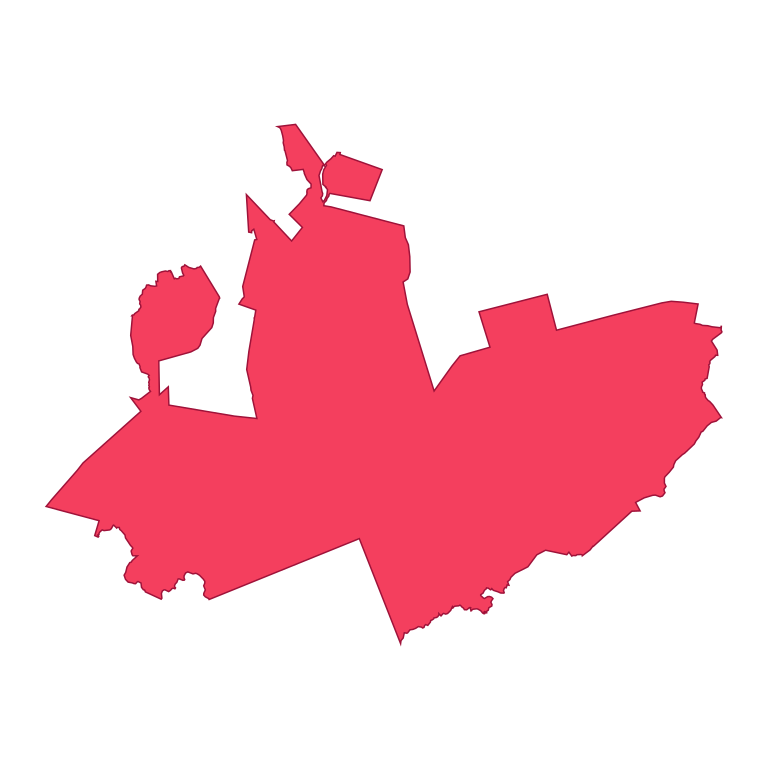 outline of Coronado, Chihuahua, Mexico
{"feature_id": "50627088B73123540840509", "entity_name": "Coronado", "entity_type": "district", "adm_level": 2, "iso_a3": "MEX", "parent_name": "Mexico", "parent_adm1": "Chihuahua", "projection": "orthographic", "projection_center": [-105.103, 26.672], "detail": "fine", "context": "isolated", "style": "filled", "palette": "rose", "viewbox_px": 768, "rotation_deg": 0, "n_neighbors": 0, "source": "geoboundaries", "source_scale": "gbopen_adm2", "svg_char_len": 6120}
<svg xmlns="http://www.w3.org/2000/svg" viewBox="0 0 768 768"><path d="M157.6,274.3L157.7,281.5L155.9,281.3L156.6,285.9L154.9,286.3L150.6,285.8L148.6,284.9L146.6,285.1L146.0,287.1L145.2,288.4L142.7,290.2L142.3,294.2L140.2,296.1L139.2,298.2L139.1,299.6L140.1,301.5L139.7,303.9L140.6,305.0L140.9,307.0L139.7,308.9L138.9,309.3L138.8,310.7L134.6,313.7L133.9,314.9L132.3,315.1L131.8,315.8L132.2,315.8L132.4,316.6L130.7,335.4L132.8,346.5L133.1,354.5L134.4,358.2L136.3,361.9L137.5,363.4L139.0,363.9L140.1,366.7L139.9,367.6L141.6,371.9L147.7,374.1L149.2,375.3L148.3,376.4L148.4,377.2L149.0,377.7L149.5,379.9L148.7,382.4L149.2,383.9L148.8,385.5L149.4,386.9L148.8,387.9L149.2,389.6L150.5,391.4L141.6,398.3L138.8,399.9L130.6,397.6L140.9,411.3L83.0,463.0L77.3,470.3L51.6,499.7L46.1,506.5L99.1,520.7L94.7,535.6L98.1,537.1L98.7,536.5L97.8,535.0L99.0,534.6L98.9,533.6L99.8,532.0L102.2,529.9L104.0,530.6L109.8,529.9L111.3,528.7L113.1,525.4L113.7,525.1L116.6,528.0L116.9,527.5L119.3,527.5L119.8,529.5L121.3,530.7L125.0,535.0L125.5,537.9L130.5,545.4L132.6,547.6L132.8,548.3L131.3,550.6L131.2,551.4L132.1,554.7L132.9,555.8L137.4,555.8L132.2,560.5L131.4,562.0L129.8,562.6L127.0,567.0L125.7,572.4L124.1,575.2L125.5,579.3L128.1,582.1L132.3,582.9L134.0,583.6L135.6,583.7L137.1,582.0L138.0,581.5L141.0,583.0L141.5,587.3L143.4,589.8L144.6,590.0L145.4,591.9L161.2,599.2L161.9,598.2L161.4,593.5L162.4,590.9L164.0,589.9L164.9,589.8L168.7,591.6L170.5,590.3L172.0,588.6L173.2,588.2L174.9,588.8L175.5,587.9L174.6,586.8L174.6,585.5L175.3,583.9L176.8,582.4L178.1,579.0L179.0,578.8L182.9,580.3L184.4,580.1L184.7,579.5L184.0,577.8L184.1,575.8L185.6,573.0L187.8,571.9L193.0,573.9L195.6,573.3L197.0,573.7L199.6,575.3L203.3,579.1L204.8,581.3L204.8,583.1L203.7,585.8L205.3,589.9L203.8,593.3L203.7,595.0L205.3,596.8L208.7,598.6L209.1,599.5L359.3,538.6L400.6,643.6L401.0,640.6L403.2,638.0L404.3,632.8L406.8,633.2L407.6,632.9L410.0,629.8L412.9,629.4L415.7,628.3L418.3,626.6L421.4,627.1L422.7,628.0L424.0,627.4L424.6,625.6L425.7,624.6L427.8,625.4L430.4,622.1L430.7,620.5L432.4,619.8L433.7,618.8L434.0,617.9L436.4,617.5L437.6,616.8L439.0,615.0L438.9,613.7L441.0,615.9L443.0,613.7L443.7,613.4L445.7,614.1L447.6,613.5L450.7,610.4L452.3,606.9L452.7,608.0L453.3,607.7L453.7,606.8L454.8,606.2L458.8,605.8L459.8,605.2L460.5,605.4L462.1,607.2L463.4,608.0L464.4,609.7L466.7,609.8L469.5,607.6L470.1,607.5L470.7,607.7L470.4,608.7L471.0,610.9L471.6,610.6L471.8,609.9L473.2,609.2L476.9,608.8L478.1,609.2L480.7,610.7L482.6,613.0L483.8,613.7L484.6,613.7L484.8,613.2L484.0,612.1L484.6,611.5L485.4,611.8L486.0,612.9L486.7,612.8L486.6,611.4L488.3,610.2L488.8,607.8L491.8,606.0L492.0,604.5L490.9,602.3L491.4,600.9L493.0,598.7L491.6,597.2L489.6,596.5L487.7,596.6L484.5,598.5L483.5,598.1L480.7,595.5L480.7,594.7L483.0,593.2L484.5,590.2L486.1,589.0L486.5,587.9L488.4,588.2L490.5,589.8L491.1,589.6L491.8,588.6L493.3,590.3L498.2,591.9L500.6,593.0L503.9,593.1L504.2,592.7L503.5,590.5L504.3,588.3L505.1,587.5L506.2,587.8L507.2,584.9L508.9,585.2L507.6,581.7L509.9,579.6L510.9,577.3L515.0,573.3L527.9,566.8L536.8,554.8L545.6,550.2L566.8,554.7L568.9,552.2L571.8,556.1L572.9,555.5L575.8,555.6L576.9,554.7L580.9,554.5L582.4,555.0L582.4,555.7L590.1,549.9L592.9,546.2L593.3,546.4L631.8,511.2L640.1,510.9L635.6,502.4L644.3,497.8L652.7,495.3L655.4,495.1L660.1,496.8L662.5,496.0L665.0,492.7L664.2,491.0L664.0,489.2L666.0,486.4L664.4,483.1L664.4,478.2L664.9,476.8L669.2,472.3L673.4,467.1L673.8,464.7L675.7,460.7L682.4,454.6L684.6,453.2L694.3,444.0L695.9,440.9L698.8,437.2L701.1,432.1L702.9,431.2L707.2,425.8L711.4,422.4L716.2,421.1L720.7,417.5L721.4,417.6L713.0,405.1L709.5,401.3L708.3,400.7L706.2,398.3L705.4,397.0L705.2,394.7L704.5,394.0L704.5,392.9L702.6,392.1L702.5,391.2L701.4,388.8L701.4,387.0L702.5,384.6L702.1,382.2L704.8,380.3L705.1,379.0L707.1,378.4L709.2,366.8L708.8,364.8L709.8,363.7L710.0,362.7L709.6,362.0L709.8,361.6L710.4,360.4L715.0,356.5L715.5,355.3L717.7,355.3L717.1,350.1L711.4,341.0L712.9,339.1L721.6,332.6L721.9,331.7L721.1,330.0L721.4,325.7L720.7,327.7L720.2,327.7L712.1,326.8L707.7,325.7L702.5,325.4L700.1,324.3L695.2,323.5L694.3,323.0L698.1,304.0L683.1,302.2L671.2,301.3L661.8,302.9L613.7,315.1L556.5,330.2L547.2,294.3L479.0,311.8L490.0,347.2L460.1,355.8L451.8,366.2L434.1,391.0L407.3,304.3L403.1,282.0L407.8,278.9L410.1,272.0L409.8,256.7L408.4,244.7L405.3,237.6L403.8,225.9L331.1,206.9L323.8,205.7L324.1,202.9L326.4,200.6L327.0,198.6L329.0,195.8L328.9,194.7L329.9,193.4L370.0,200.7L382.2,169.6L339.9,154.5L340.3,152.6L337.0,152.4L335.1,156.2L333.7,155.7L330.9,158.8L326.7,162.3L325.4,164.1L326.5,165.2L323.8,169.7L322.7,174.2L322.9,184.4L325.9,187.0L325.6,187.2L327.5,189.6L326.8,195.5L324.4,200.3L322.8,201.7L320.9,197.9L322.4,195.8L322.7,193.4L322.1,191.9L319.0,175.5L320.5,170.9L321.8,168.7L322.5,165.8L322.9,165.4L324.5,166.0L324.1,164.8L295.6,124.4L277.6,126.6L279.7,127.6L280.5,128.7L281.3,130.5L282.7,135.8L283.5,140.5L283.2,142.8L284.2,146.8L284.5,150.3L285.0,150.8L287.5,160.6L286.9,162.3L287.0,164.9L289.6,166.4L290.9,167.8L292.3,170.7L303.2,169.4L304.3,172.8L304.3,173.5L307.0,179.6L311.1,184.1L311.0,187.8L308.3,188.7L307.1,189.9L306.8,192.2L307.1,192.8L306.6,195.1L299.3,203.9L289.2,214.3L302.4,227.4L291.6,241.0L273.9,222.1L274.2,220.8L273.5,221.0L270.2,219.7L246.4,194.6L248.7,232.1L251.6,232.7L251.8,230.7L253.8,229.2L256.8,239.5L254.7,239.9L242.7,286.5L244.2,296.3L244.0,297.2L242.3,298.8L238.9,304.1L255.8,310.1L254.7,316.9L254.1,318.1L254.4,318.6L254.1,320.6L248.9,351.3L246.7,369.5L250.7,387.1L251.0,390.2L253.0,395.4L252.4,398.4L256.9,418.5L234.3,416.1L168.9,405.1L168.3,386.8L159.4,394.8L158.8,360.9L190.9,351.9L197.8,348.3L200.0,345.2L202.0,338.5L211.8,327.6L213.3,322.9L213.4,317.6L215.7,311.3L215.6,308.5L219.1,299.0L219.7,298.2L219.3,296.8L200.6,266.1L199.2,267.3L197.1,267.5L196.5,268.4L194.0,268.9L188.8,267.4L184.8,264.8L183.8,266.4L182.8,266.4L181.7,267.1L181.4,268.0L182.6,273.0L183.8,275.3L183.4,275.9L179.5,276.8L178.9,278.4L177.9,278.7L176.5,278.8L175.3,278.2L174.3,278.8L171.3,271.9L170.6,272.0L170.5,270.6L168.9,270.7L167.9,271.5L165.4,271.0L161.7,271.8L159.8,272.5L157.6,274.3Z" fill="#f43f5e" stroke="#9f1239" stroke-width="1.5"/></svg>